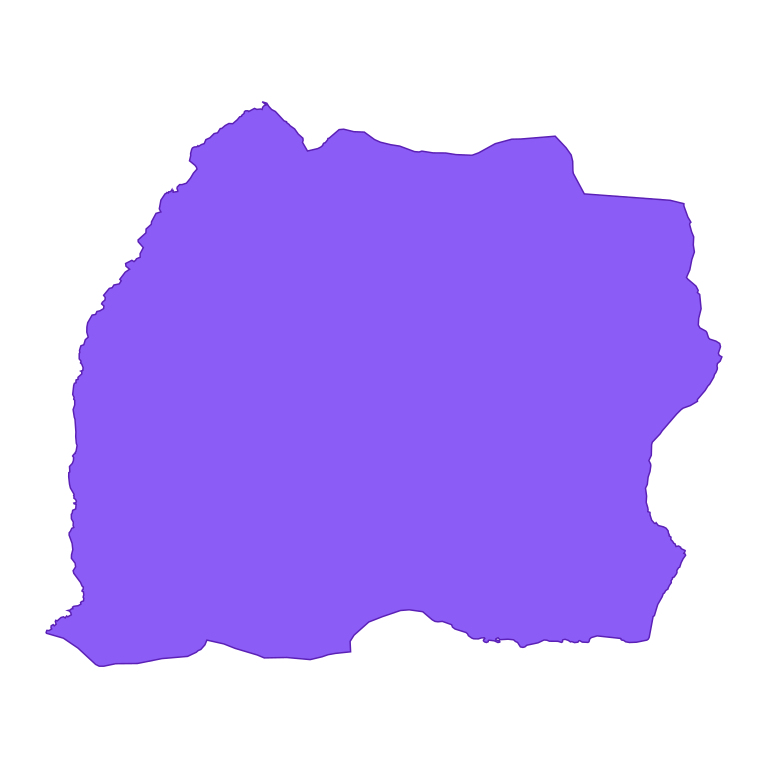 Oppegård nor, Akershus, Norway (Robinson projection)
{"feature_id": "86288312B19466548216946", "entity_name": "Oppegård nor", "entity_type": "district", "adm_level": 2, "iso_a3": "NOR", "parent_name": "Norway", "parent_adm1": "Akershus", "projection": "robinson", "projection_center": [10.813, 59.794], "detail": "fine", "context": "isolated", "style": "filled", "palette": "violet", "viewbox_px": 768, "rotation_deg": 0, "n_neighbors": 0, "source": "geoboundaries", "source_scale": "gbopen_adm2", "svg_char_len": 5998}
<svg xmlns="http://www.w3.org/2000/svg" viewBox="0 0 768 768"><path d="M520.4,646.9L522.9,647.4L524.9,646.9L526.9,645.2L538.1,642.8L544.0,640.0L546.9,640.2L549.4,641.2L557.9,641.3L561.5,642.4L562.5,641.8L562.5,640.4L562.9,639.8L565.0,639.3L568.3,640.4L570.5,641.9L571.8,641.6L574.5,642.6L577.9,642.2L579.0,640.7L579.8,640.6L582.2,642.1L588.0,642.4L589.0,641.7L589.7,639.1L591.3,637.6L597.1,635.9L620.3,638.4L620.9,638.6L621.0,639.5L621.6,640.0L623.9,640.5L625.6,641.8L629.5,642.5L636.6,642.2L646.9,640.1L648.3,639.1L649.2,637.3L653.1,616.6L654.4,615.6L657.7,604.6L662.1,596.9L663.3,593.6L664.4,593.0L665.6,590.7L668.1,588.9L668.1,588.1L669.5,585.3L671.3,582.7L671.1,580.7L672.5,578.7L672.5,577.6L674.2,577.0L676.5,573.7L677.0,572.4L676.8,570.6L678.6,567.7L679.7,567.2L681.2,562.6L683.1,558.8L685.6,555.3L685.1,554.0L683.8,553.3L684.9,551.8L685.1,550.5L681.5,548.8L680.9,548.3L680.7,547.3L678.6,546.0L676.0,546.5L675.0,543.8L673.7,543.2L672.7,541.4L670.8,539.5L671.0,537.1L669.1,535.8L669.4,535.1L668.4,532.9L668.1,530.8L666.1,528.2L663.6,526.9L658.3,525.5L656.1,522.7L655.6,523.4L654.5,523.4L651.7,520.2L650.0,514.8L650.0,512.4L647.8,511.6L648.1,509.8L647.7,507.4L646.2,502.4L646.6,496.1L645.5,488.1L647.3,484.5L648.1,477.2L650.0,471.5L650.8,465.8L650.6,464.0L648.9,460.6L651.3,455.3L651.6,444.7L652.3,442.2L660.2,433.8L662.1,430.9L676.6,414.1L680.9,409.8L683.2,408.1L690.2,405.6L697.5,401.3L697.3,399.9L697.7,399.2L705.2,390.4L707.8,386.1L709.7,384.1L713.7,377.3L714.5,374.5L715.9,372.5L717.2,369.4L717.4,367.8L717.0,366.0L717.4,363.6L720.2,361.1L721.9,356.9L719.2,355.3L718.4,353.2L720.5,346.7L719.7,343.5L715.9,341.1L709.7,339.1L708.5,337.7L706.8,332.4L705.8,331.1L699.9,327.9L698.3,325.0L698.7,318.3L701.1,308.8L699.7,294.5L697.4,292.5L698.2,290.4L696.0,286.1L687.7,279.0L686.5,277.4L689.8,269.9L691.8,259.7L694.4,252.0L693.3,244.9L693.7,236.9L691.6,231.8L689.6,224.5L689.8,223.3L690.9,222.2L687.9,217.1L683.9,206.0L683.9,203.7L670.2,200.3L584.3,193.9L573.3,173.4L572.9,170.6L572.7,161.3L571.2,155.0L566.1,147.8L555.2,136.2L520.9,139.0L511.7,139.2L495.2,143.7L478.7,152.8L472.2,155.2L470.4,155.2L455.9,154.6L445.6,153.0L433.1,152.9L421.8,151.1L419.1,152.0L414.5,151.6L399.7,146.1L390.7,144.7L380.4,142.2L374.6,139.6L364.3,132.1L353.9,131.7L343.7,129.2L339.1,129.6L329.1,138.2L327.9,138.5L327.6,139.8L325.3,142.7L323.9,143.1L323.1,144.1L322.7,145.5L320.7,147.1L317.7,148.6L307.5,151.0L302.5,142.4L303.1,140.3L302.9,138.2L298.3,134.1L294.6,128.9L289.8,125.5L289.3,124.6L286.4,122.4L286.5,121.7L284.1,120.9L275.4,111.5L271.6,109.5L268.8,106.4L266.8,103.2L262.2,101.8L266.2,104.9L264.2,105.6L262.7,107.2L262.1,109.5L260.7,109.0L256.8,109.4L254.5,108.4L248.7,111.5L248.0,110.8L245.7,110.8L244.5,111.5L244.0,113.5L241.8,115.3L241.6,116.3L239.7,116.8L237.2,119.8L232.7,123.7L228.9,123.5L225.2,125.5L221.8,128.4L220.2,128.6L217.6,132.8L214.1,133.6L209.9,137.8L205.9,139.6L204.2,143.6L201.3,144.6L198.6,146.4L197.9,145.7L196.9,146.8L194.2,147.0L192.5,147.9L191.7,149.3L190.6,153.5L190.7,155.7L189.5,160.8L195.0,165.3L196.4,167.2L197.0,169.1L193.4,173.2L190.5,178.1L186.4,183.2L182.0,184.6L179.6,184.6L177.2,187.1L177.0,188.7L177.7,190.1L177.7,191.5L173.2,192.2L173.1,190.4L172.2,190.5L172.0,189.6L171.2,191.0L169.9,191.8L168.7,191.8L168.4,192.9L166.9,192.5L166.5,193.2L165.1,193.8L160.9,200.1L159.3,208.9L160.9,211.9L156.0,213.4L151.5,221.8L151.3,224.3L146.1,229.0L145.9,232.9L138.1,239.9L138.2,241.8L143.3,247.6L140.1,253.6L140.2,257.2L136.5,258.8L135.5,260.3L134.0,261.6L131.9,260.3L125.6,263.5L126.0,266.3L129.6,269.2L125.2,272.2L119.8,279.3L121.2,280.8L119.2,283.9L113.9,285.0L112.2,287.7L109.3,288.4L103.6,295.3L105.3,297.6L104.9,300.1L102.3,302.3L101.6,303.9L103.9,306.0L103.6,308.6L99.9,310.8L96.9,311.5L95.6,314.4L92.1,315.1L87.7,322.7L86.9,327.0L86.8,332.1L88.2,337.2L85.3,339.7L83.8,344.7L80.9,345.8L79.5,350.4L79.8,352.5L79.2,353.6L79.2,358.9L80.8,360.8L81.0,362.1L80.5,362.9L81.7,364.1L83.1,367.6L82.8,370.4L80.8,371.1L81.7,371.6L81.8,373.9L78.0,377.3L78.0,379.4L76.2,379.8L75.9,381.2L76.1,382.7L74.4,383.3L73.7,385.4L72.7,394.5L74.1,397.5L73.7,399.2L74.7,400.3L74.7,405.0L73.1,409.6L74.3,417.3L75.0,419.3L75.9,432.3L75.7,436.3L76.3,443.3L77.1,445.5L76.0,451.5L75.1,452.6L75.3,453.3L73.9,454.2L72.6,456.0L73.6,457.4L73.4,460.7L72.3,463.4L69.5,466.5L69.8,471.9L68.8,472.6L68.7,476.7L69.5,484.1L70.4,488.0L74.1,494.4L73.6,495.7L74.1,496.2L73.9,498.2L75.5,499.4L76.4,501.2L75.8,502.7L73.8,503.1L74.1,503.8L76.1,504.3L75.7,508.9L72.7,510.3L72.1,513.4L71.3,514.3L71.4,518.8L73.3,522.1L73.1,525.6L73.8,527.5L71.8,528.3L70.4,531.3L69.2,532.7L69.1,535.1L72.1,543.4L72.8,549.7L71.5,554.8L71.4,558.3L75.1,563.2L75.6,566.9L73.1,570.7L73.8,573.4L80.5,582.4L82.0,586.0L83.3,587.1L83.1,589.4L82.1,590.3L82.1,591.3L83.4,591.8L83.8,595.0L83.3,596.1L83.2,597.6L83.8,598.2L83.5,600.9L81.5,601.6L80.6,602.5L80.9,604.1L78.2,605.7L73.8,606.3L72.5,607.2L72.8,608.7L71.3,608.9L70.4,609.9L67.9,610.5L69.1,610.9L70.7,612.4L71.3,614.8L67.8,616.8L66.6,616.0L65.2,617.9L63.5,616.8L61.0,617.5L57.2,620.9L55.8,620.3L55.3,621.4L56.1,624.3L54.2,625.8L53.2,624.6L51.2,625.8L51.0,627.8L51.7,628.9L49.2,630.5L46.8,630.4L46.1,632.5L46.5,633.3L63.4,638.2L78.0,648.1L95.6,664.4L99.2,666.2L103.8,666.2L115.7,663.7L137.4,663.5L161.9,658.6L187.6,656.4L196.2,652.3L198.3,650.5L200.8,649.5L204.9,644.9L206.9,640.1L223.8,643.9L235.2,648.4L257.3,655.0L264.2,657.9L286.8,657.5L310.2,659.6L322.0,656.8L328.1,654.7L335.4,653.4L350.6,651.8L350.1,641.4L354.0,635.2L368.8,622.0L382.3,616.7L400.5,610.5L409.2,609.8L422.7,611.7L432.2,619.8L435.0,621.4L437.9,621.8L442.4,621.4L451.6,624.7L452.5,627.1L455.0,629.0L466.0,632.5L467.5,633.8L468.4,635.7L471.8,638.1L473.6,638.8L478.3,638.9L481.5,637.9L484.4,637.8L484.8,638.4L483.4,640.2L483.5,640.9L484.5,641.9L486.4,642.5L488.2,641.7L488.3,640.6L489.0,640.2L494.2,640.8L497.9,642.5L499.5,642.2L499.9,641.9L499.4,640.9L495.9,639.9L495.7,639.3L496.1,638.7L498.0,637.7L499.9,639.7L508.0,639.2L513.6,639.8L515.3,641.4L517.6,642.5L520.4,646.9Z" fill="#8b5cf6" stroke="#5b21b6" stroke-width="1.5"/></svg>